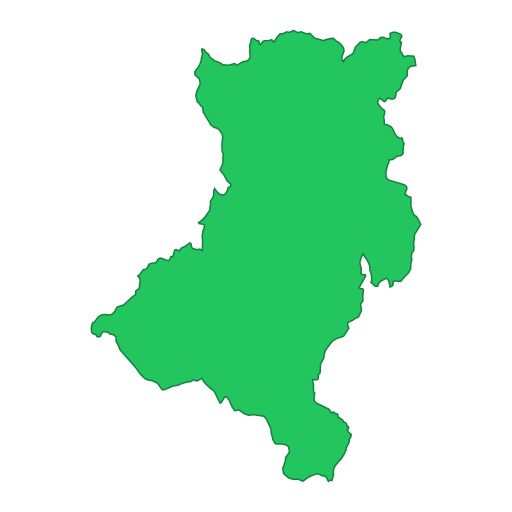 the district of Ky Son, Nghệ An, Vietnam
{"feature_id": "81297802B2701886719052", "entity_name": "Ky Son", "entity_type": "district", "adm_level": 2, "iso_a3": "VNM", "parent_name": "Vietnam", "parent_adm1": "Nghệ An", "projection": "equal_earth", "projection_center": [104.217, 19.409], "detail": "fine", "context": "isolated", "style": "filled", "palette": "green", "viewbox_px": 512, "rotation_deg": 0, "n_neighbors": 0, "source": "geoboundaries", "source_scale": "gbopen_adm2", "svg_char_len": 5988}
<svg xmlns="http://www.w3.org/2000/svg" viewBox="0 0 512 512"><path d="M415.8,65.6L414.9,59.4L413.9,56.2L407.9,55.8L404.2,56.6L402.8,55.2L401.5,52.3L400.6,51.6L400.2,50.3L400.2,48.5L401.4,42.9L401.0,41.8L400.2,41.9L399.7,40.9L400.9,37.9L401.5,37.5L401.7,35.3L400.4,34.1L395.7,32.3L393.1,32.2L390.0,33.4L390.3,38.0L389.2,38.8L385.7,38.5L383.6,37.2L382.3,37.7L381.0,37.2L377.8,40.0L369.7,39.6L365.9,42.7L362.1,41.7L360.1,42.3L355.4,47.2L353.4,52.8L351.9,54.3L347.3,56.9L344.0,60.0L343.5,61.7L341.9,59.7L341.7,58.6L342.0,56.5L344.0,51.3L343.6,48.1L341.1,44.5L338.7,42.3L336.3,41.1L333.8,38.5L332.7,38.2L326.9,39.3L323.4,40.6L314.7,38.1L309.8,33.3L306.6,33.9L301.1,31.8L297.5,32.6L294.1,30.7L292.9,30.7L289.9,32.3L286.4,31.9L282.9,33.7L279.9,33.9L277.0,37.3L274.1,41.9L273.3,41.9L272.5,40.3L271.4,39.7L269.6,40.5L264.1,40.8L263.0,41.4L260.6,44.6L259.2,43.9L259.2,41.9L258.6,40.9L256.3,40.5L253.9,38.5L252.2,38.2L251.4,39.1L250.6,42.9L249.5,45.5L249.9,48.6L249.6,51.9L250.3,56.7L249.5,58.6L247.7,60.7L243.3,61.7L238.1,64.4L237.0,65.5L236.1,65.2L235.5,64.0L234.3,63.6L228.8,65.2L222.6,64.8L220.9,63.1L219.3,62.9L217.7,61.7L214.5,60.9L212.6,59.0L210.3,57.6L208.2,53.9L205.8,52.3L204.2,49.8L202.2,48.8L201.8,49.1L201.6,49.8L202.1,50.9L201.9,51.9L202.6,54.2L202.1,55.3L201.9,57.0L201.3,58.0L201.3,60.0L200.2,63.5L198.6,66.6L194.7,71.9L195.0,74.9L199.5,79.2L200.2,84.0L197.0,90.8L196.0,94.4L196.0,96.4L197.3,102.0L198.9,103.1L200.8,105.8L202.6,107.2L203.3,112.7L204.9,114.3L205.4,116.0L209.8,122.8L210.5,124.7L214.3,127.5L216.6,128.0L219.4,129.8L222.3,134.6L222.7,137.5L222.0,143.3L222.0,147.2L222.2,151.8L223.4,154.1L222.9,157.7L223.0,162.1L222.6,164.2L220.4,168.8L220.2,170.5L223.9,174.8L226.9,180.7L230.8,184.3L230.6,186.2L228.1,187.6L227.8,189.4L225.9,193.0L224.6,194.7L223.8,194.9L221.4,194.9L218.9,193.7L216.7,191.5L214.6,188.5L213.7,191.2L213.6,195.8L212.5,198.2L210.3,201.4L210.7,205.2L209.9,206.9L209.9,209.0L209.4,210.7L204.9,217.3L200.3,221.6L198.6,222.4L199.1,223.6L203.7,224.4L204.5,225.5L204.1,228.0L202.8,231.6L202.2,236.3L202.6,240.7L202.4,250.7L199.8,249.0L197.7,249.8L192.5,248.5L191.6,246.8L190.9,243.5L190.0,242.9L184.8,246.5L181.6,247.9L179.3,250.9L176.1,249.6L174.7,250.0L172.8,256.5L171.8,256.9L171.1,256.5L170.6,257.0L169.9,259.4L169.1,260.4L166.7,260.4L162.3,258.5L160.1,258.1L158.1,259.2L155.8,262.9L152.2,263.1L149.2,264.1L146.9,268.4L145.8,269.2L143.0,269.9L140.0,274.3L137.9,275.8L138.1,276.8L139.6,277.8L140.0,279.4L140.2,281.3L139.5,284.2L139.7,286.5L138.4,289.2L135.8,290.9L135.5,294.8L132.6,296.6L123.7,304.9L117.2,307.0L114.5,311.8L111.9,314.2L109.8,315.1L105.7,314.5L102.6,314.7L100.6,315.4L97.8,317.4L95.2,321.2L92.3,323.3L91.3,327.9L91.6,332.0L92.7,333.6L96.3,334.9L96.6,336.1L98.3,337.0L100.3,336.4L101.6,333.3L102.8,331.9L103.8,331.6L108.2,332.3L109.6,333.8L113.0,334.6L115.3,336.2L116.2,337.3L116.0,341.3L117.9,344.4L120.1,349.9L136.0,368.0L140.4,374.2L144.7,378.5L147.7,379.9L151.8,380.6L156.7,382.7L158.0,383.8L161.5,388.9L162.8,389.9L164.8,389.6L172.5,386.2L178.3,385.1L182.7,383.2L189.1,381.6L190.6,381.7L193.6,379.8L196.2,380.9L197.3,380.8L202.1,378.2L203.1,380.7L206.1,384.3L211.0,388.9L213.3,390.4L214.9,392.5L220.0,403.1L221.2,402.7L224.7,396.9L225.6,396.7L227.1,397.5L229.0,399.9L232.1,406.9L234.6,410.7L238.9,409.9L244.1,413.6L248.4,415.2L254.1,414.7L264.1,416.3L266.4,419.2L270.5,427.8L271.1,429.8L271.2,432.7L273.0,439.8L274.8,442.9L275.9,444.0L279.9,443.8L285.3,444.6L287.6,445.8L288.7,447.4L289.4,451.8L289.0,452.9L285.8,457.3L285.2,461.5L284.4,463.0L284.5,463.9L282.8,468.0L283.3,472.6L284.1,474.1L288.7,477.9L293.2,479.4L298.1,479.2L303.0,481.2L307.5,477.8L310.9,476.0L316.5,473.9L319.0,474.1L322.8,475.9L325.7,476.5L326.5,477.4L328.1,481.0L328.7,481.3L330.0,480.4L331.5,480.1L331.9,480.5L333.5,475.1L333.4,470.2L333.9,468.2L335.5,465.3L341.4,458.5L344.4,453.8L345.2,451.2L346.1,450.2L346.1,448.2L349.2,442.0L349.3,439.3L350.5,437.6L351.3,435.0L351.0,434.2L348.6,432.2L347.4,430.4L347.4,429.4L348.3,429.1L348.6,428.4L348.3,426.5L347.0,426.5L346.7,424.2L345.3,422.4L343.7,422.2L342.5,419.8L341.1,419.2L339.9,417.9L338.3,417.5L337.9,415.1L337.4,414.0L335.1,413.7L334.2,412.1L332.6,412.2L331.7,413.1L328.9,409.2L316.6,403.2L314.5,401.2L314.0,398.9L314.7,392.8L313.8,392.4L313.4,388.7L313.6,385.2L312.5,380.8L312.5,379.7L317.3,379.7L318.3,378.6L318.5,374.6L320.1,373.0L320.5,364.3L323.7,358.1L324.9,351.5L327.2,347.8L332.4,341.1L336.7,338.5L343.5,336.3L348.8,328.2L347.5,324.5L348.0,322.5L352.9,320.1L355.8,318.0L358.3,317.2L361.5,310.7L360.6,304.0L362.7,301.4L362.9,300.3L362.8,295.7L363.4,289.7L362.8,288.9L359.3,288.3L359.1,287.7L365.7,275.9L365.2,274.7L361.5,274.4L361.0,273.8L361.3,268.8L360.0,263.7L359.9,261.9L361.4,257.1L363.2,253.9L363.5,253.8L364.7,256.8L367.0,259.8L369.8,266.0L369.9,270.1L371.2,273.9L371.8,278.7L371.7,280.9L370.9,282.3L375.1,286.2L377.6,286.4L378.6,283.5L380.7,281.2L386.3,278.3L387.2,278.7L388.9,281.3L390.0,287.0L391.4,286.5L392.6,285.6L392.8,284.3L393.2,283.9L393.0,281.6L395.3,280.7L399.1,281.5L400.9,281.3L404.0,277.3L408.0,273.5L410.7,269.0L410.8,263.6L411.8,259.7L411.4,256.9L411.8,252.5L413.6,251.0L414.0,247.7L413.6,243.6L414.4,238.8L414.5,234.6L420.7,224.5L418.9,220.5L416.4,216.5L414.0,215.0L412.3,211.2L410.8,205.6L411.0,199.4L410.8,197.2L408.6,196.7L405.6,194.5L405.0,194.5L405.7,191.4L406.9,188.9L406.6,186.8L405.2,185.3L402.8,184.3L389.1,180.2L386.6,178.5L385.8,174.5L386.3,169.9L387.9,164.3L389.0,162.2L388.9,160.0L392.8,159.5L395.8,157.0L398.0,156.0L400.3,155.8L402.4,154.5L403.3,152.9L402.7,150.5L403.4,149.7L403.1,147.4L404.1,143.5L403.0,142.3L402.3,138.2L401.5,137.9L400.2,138.6L397.1,136.7L395.1,134.1L393.0,129.4L391.1,126.8L387.4,124.8L384.3,124.3L384.3,120.4L383.6,117.2L384.7,112.6L384.6,110.6L381.6,108.3L378.7,104.8L377.6,102.4L378.1,100.7L379.5,98.2L380.2,98.3L384.2,101.7L385.1,101.4L387.9,97.9L391.9,99.2L394.3,98.5L395.5,96.8L396.2,92.5L396.6,91.7L400.1,88.9L403.1,80.4L407.3,75.7L407.2,70.9L408.2,68.5L410.7,66.3L415.8,65.6Z" fill="#22c55e" stroke="#15803d" stroke-width="1.5"/></svg>